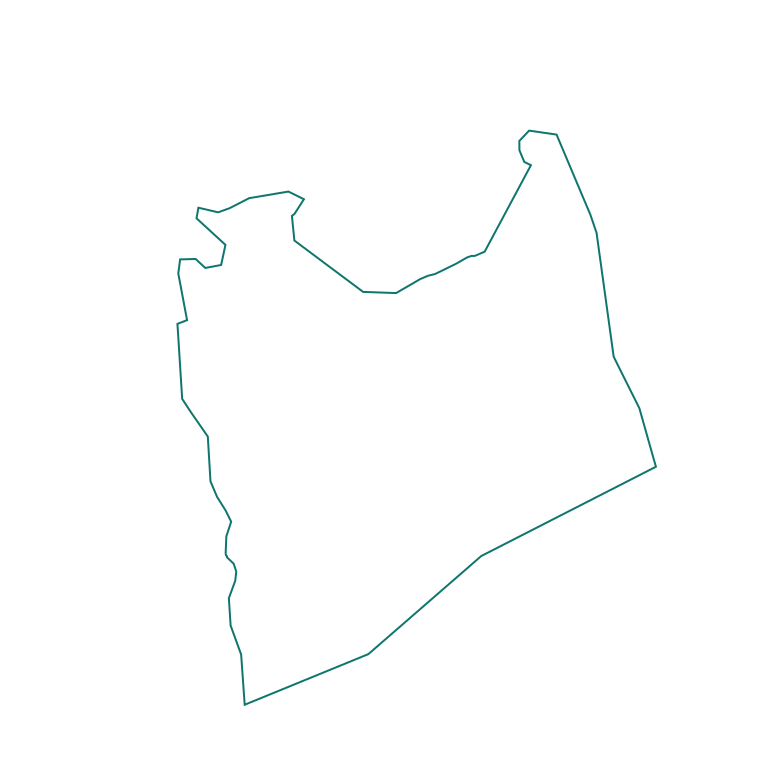 Dikwa, Borno, Nigeria, rotated 335°
{"feature_id": "59680162B86155479852967", "entity_name": "Dikwa", "entity_type": "district", "adm_level": 2, "iso_a3": "NGA", "parent_name": "Nigeria", "parent_adm1": "Borno", "projection": "robinson", "projection_center": [14.023, 11.955], "detail": "fine", "context": "isolated", "style": "outline", "palette": "teal", "viewbox_px": 768, "rotation_deg": 335, "n_neighbors": 0, "source": "geoboundaries", "source_scale": "gbopen_adm2", "svg_char_len": 958}
<svg xmlns="http://www.w3.org/2000/svg" viewBox="0 0 768 768"><g transform="rotate(335 384 384)"><path d="M122.2,615.8L255.7,622.2L399.5,581.0L595.5,573.9L597.0,564.3L605.2,513.9L604.1,473.0L603.7,456.3L640.5,336.9L642.6,317.7L643.2,301.0L645.8,230.9L622.6,215.7L609.4,220.9L605.5,229.4L605.0,242.0L609.6,247.8L531.2,306.6L520.5,306.3L517.4,304.9L512.8,304.4L499.7,305.5L476.6,305.9L469.7,304.5L461.1,304.2L433.4,306.7L404.0,291.7L377.9,243.1L363.4,216.1L371.6,192.7L374.8,192.0L389.5,182.7L378.7,169.2L340.4,158.6L318.3,159.4L306.2,158.3L290.3,145.8L284.1,154.6L299.1,190.9L286.7,207.3L271.1,203.3L266.1,191.1L251.9,184.9L244.3,196.8L232.5,242.9L222.2,242.2L194.8,312.2L197.1,328.1L202.1,357.2L185.6,398.9L185.0,415.8L187.0,431.7L187.3,444.2L176.7,455.5L170.4,467.7L168.9,470.6L168.4,472.5L168.9,473.7L168.5,474.8L171.8,483.4L170.8,491.6L166.0,499.5L152.9,512.5L142.9,538.1L140.2,568.8L122.2,615.8Z" fill="none" stroke="#0f766e" stroke-width="2"/></g></svg>